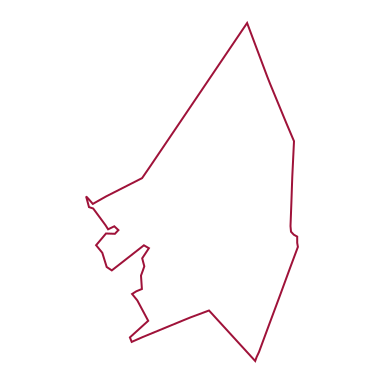 Murici, Alagoas, Brazil
{"feature_id": "56859067B92034716727296", "entity_name": "Murici", "entity_type": "district", "adm_level": 2, "iso_a3": "BRA", "parent_name": "Brazil", "parent_adm1": "Alagoas", "projection": "equal_earth", "projection_center": [-35.962, -9.277], "detail": "fine", "context": "isolated", "style": "outline", "palette": "rose", "viewbox_px": 384, "rotation_deg": 0, "n_neighbors": 0, "source": "geoboundaries", "source_scale": "gbopen_adm2", "svg_char_len": 850}
<svg xmlns="http://www.w3.org/2000/svg" viewBox="0 0 384 384"><path d="M209.0,310.5L255.2,361.0L256.6,357.1L259.0,352.0L268.6,326.0L280.1,295.1L290.0,268.1L297.9,246.9L297.2,242.9L297.2,236.6L293.8,234.7L291.0,231.7L290.5,226.1L291.4,202.2L292.0,184.6L292.3,176.3L294.0,141.2L286.4,123.3L270.2,84.1L267.2,76.5L247.1,23.0L184.7,115.3L150.0,166.6L142.1,178.1L106.3,196.3L92.8,203.9L88.5,198.9L86.1,196.4L89.0,207.1L93.2,208.5L102.2,220.7L105.5,225.2L108.1,229.3L114.3,226.3L118.4,230.1L114.9,233.8L106.0,233.5L100.2,240.4L96.1,245.2L102.3,252.8L104.4,259.6L106.7,267.0L111.8,270.4L135.2,252.1L143.9,245.3L148.9,248.2L142.2,258.3L144.3,266.3L142.9,270.4L141.0,275.6L141.9,289.0L136.3,291.3L132.1,294.0L137.3,300.4L148.2,320.8L129.9,337.4L131.7,341.9L142.8,337.0L183.6,320.2L191.0,317.2L209.0,310.5Z" fill="none" stroke="#9f1239" stroke-width="2"/></svg>